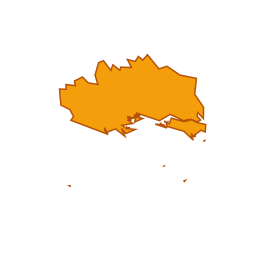 the district of Gladstone, Queensland, Australia, rotated 130°
{"feature_id": "25037944B21166714819483", "entity_name": "Gladstone", "entity_type": "district", "adm_level": 2, "iso_a3": "AUS", "parent_name": "Australia", "parent_adm1": "Queensland", "projection": "equal_earth", "projection_center": [151.305, -24.018], "detail": "medium", "context": "isolated", "style": "filled", "palette": "amber", "viewbox_px": 256, "rotation_deg": 130, "n_neighbors": 0, "source": "geoboundaries", "source_scale": "gbopen_adm2", "svg_char_len": 1864}
<svg xmlns="http://www.w3.org/2000/svg" viewBox="0 0 256 256"><g transform="rotate(130 128 128)"><path d="M75.9,172.5L79.5,164.2L86.0,172.7L89.0,171.3L89.3,180.2L94.9,178.2L92.2,190.1L96.8,192.5L108.6,187.3L114.0,179.1L119.0,187.5L118.2,195.7L126.5,199.2L129.4,195.6L134.7,203.5L138.0,200.2L142.2,205.5L153.6,194.1L151.2,184.4L154.3,177.0L158.8,176.7L145.7,139.1L145.1,143.7L142.8,146.2L144.8,141.4L136.8,137.0L136.3,125.2L132.5,132.7L133.6,126.0L124.4,121.5L129.5,128.8L129.9,134.4L121.5,127.3L122.0,132.6L120.5,131.2L120.7,135.2L119.9,132.1L119.8,135.0L119.3,135.4L115.9,128.3L119.2,126.7L111.2,122.8L115.3,130.6L113.2,131.1L111.4,126.3L111.2,131.6L102.1,108.6L90.5,104.5L86.5,89.6L84.0,88.4L80.7,85.0L78.7,78.8L75.2,77.5L74.6,82.7L71.3,84.5L72.3,76.3L63.6,83.4L59.3,98.6L46.0,107.5L54.1,122.3L55.7,137.9L62.8,142.3L59.4,160.2L66.5,160.3L66.5,166.0L72.4,165.3L75.9,172.5ZM98.3,99.1L99.2,102.6L101.5,98.7L94.6,83.1L95.3,70.1L93.9,73.7L91.3,76.1L92.8,73.0L82.7,70.6L81.5,66.3L75.4,70.6L79.6,79.1L80.8,84.5L87.2,89.3L92.6,101.1L98.3,99.1ZM102.5,102.7L107.6,109.7L102.9,98.1L102.5,102.7ZM110.2,128.2L111.2,128.5L110.8,127.4L110.2,128.2ZM131.4,50.5L132.4,51.1L132.7,50.5L131.4,50.5ZM119.0,131.4L119.3,132.3L119.5,131.7L119.0,131.4ZM128.2,128.1L128.2,129.1L128.5,128.6L128.2,128.1ZM88.8,61.6L89.7,61.0L88.3,61.2L88.8,61.6ZM209.5,135.1L210.0,135.7L209.9,134.9L209.5,135.1ZM127.6,128.0L127.6,127.4L127.0,127.4L127.6,128.0ZM113.1,127.5L113.7,128.9L113.9,129.2L113.9,128.7L113.1,127.5ZM97.1,100.9L97.3,102.2L97.1,100.9ZM112.6,128.3L112.8,129.5L112.7,127.7L112.6,128.3ZM99.0,103.0L99.1,103.6L99.3,104.8L99.5,103.3L99.0,103.0ZM93.1,72.2L91.0,71.2L90.6,71.6L93.1,72.2ZM133.7,75.8L132.9,75.8L133.8,75.9L133.7,75.8ZM103.3,105.7L103.3,106.6L103.6,105.6L103.3,105.7ZM144.8,140.7L144.9,141.0L145.2,140.5L144.8,140.7Z" fill="#f59e0b" stroke="#b45309" stroke-width="1.5"/></g></svg>